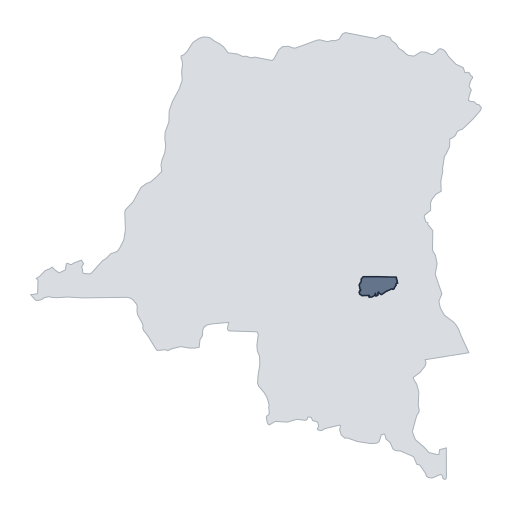 Kongolo, Katanga, Democratic Republic of the Congo (highlighted)
{"feature_id": "63176286B90330150002289", "entity_name": "Kongolo", "entity_type": "district", "adm_level": 2, "iso_a3": "COD", "parent_name": "Democratic Republic of the Congo", "parent_adm1": "Katanga", "projection": "mercator", "projection_center": [26.751, -5.433], "detail": "fine", "context": "in_parent", "style": "filled", "palette": "slate", "viewbox_px": 512, "rotation_deg": 0, "n_neighbors": 0, "source": "geoboundaries", "source_scale": "gbopen_adm2", "svg_char_len": 6649}
<svg xmlns="http://www.w3.org/2000/svg" viewBox="0 0 512 512"><path d="M468.9,352.7L425.1,359.7L426.0,362.2L425.6,364.8L424.4,366.9L420.0,372.4L413.4,377.4L413.3,378.6L416.7,384.2L418.8,391.9L418.2,405.5L419.1,409.2L419.0,412.1L416.8,415.3L412.3,431.7L415.3,439.6L424.0,447.1L429.0,452.6L437.6,454.6L439.0,454.3L439.5,449.7L446.3,447.9L446.4,477.3L445.8,479.0L444.6,479.4L442.9,478.4L442.4,475.6L440.6,474.4L432.3,478.0L430.2,477.9L427.9,477.3L426.2,475.8L425.7,473.6L419.8,465.0L416.9,464.4L413.6,456.7L400.5,451.0L395.5,450.6L392.9,448.9L390.3,442.8L385.9,438.9L384.9,434.6L384.0,434.0L381.3,434.9L379.1,441.7L376.1,443.3L370.7,443.5L357.2,441.5L347.6,438.0L345.1,438.2L341.2,435.0L339.7,429.8L340.5,425.7L339.8,425.1L325.1,428.5L321.6,430.6L318.3,430.1L317.3,429.0L318.7,426.2L318.0,423.1L316.9,421.7L312.6,420.6L311.2,417.4L308.5,416.9L307.6,417.4L307.0,419.6L305.4,420.3L296.7,419.3L287.5,422.1L275.3,421.4L269.5,424.8L268.6,424.7L267.4,423.0L266.3,417.4L266.9,415.9L268.7,414.8L269.3,412.6L268.7,406.9L269.2,405.5L268.5,402.2L266.7,396.9L264.2,392.7L258.7,386.2L257.6,383.2L258.0,376.0L259.8,364.7L259.6,356.3L257.3,350.8L256.9,344.9L258.3,334.3L256.9,331.8L229.1,330.9L228.0,330.1L227.4,328.6L228.7,322.4L211.8,323.9L206.7,325.1L203.6,327.7L202.6,330.9L202.5,335.5L199.9,339.9L199.2,347.3L194.5,348.1L189.8,348.1L180.8,346.6L172.0,348.7L167.7,350.7L165.4,349.7L157.6,350.5L156.5,349.9L147.5,335.3L143.5,330.4L142.7,328.0L143.1,325.7L142.0,322.7L137.8,315.2L137.0,311.7L137.2,306.2L136.7,304.4L132.9,299.7L130.4,298.1L127.7,297.3L82.4,297.9L67.4,297.0L56.5,297.7L50.9,297.3L49.4,296.6L44.4,297.6L41.8,299.5L37.8,300.6L35.4,300.1L30.7,294.7L37.1,293.8L37.6,293.2L38.0,280.3L36.3,278.4L39.8,276.2L45.3,270.5L50.7,268.4L51.4,267.3L52.5,267.3L54.5,269.7L59.1,272.9L64.9,270.1L65.5,269.3L66.3,263.8L67.7,263.3L70.2,264.5L71.5,264.5L74.1,262.9L81.4,260.1L83.6,263.7L81.6,266.9L82.5,269.2L82.7,272.7L83.9,273.5L89.7,273.9L91.4,273.1L102.9,260.3L105.9,258.8L110.8,253.7L117.2,251.5L120.0,247.5L123.7,240.3L125.4,230.0L124.8,212.3L125.3,209.9L133.0,201.9L141.0,187.4L146.4,183.5L150.5,182.0L156.7,176.7L161.7,171.4L161.0,164.9L162.1,159.6L164.8,152.8L165.7,145.7L164.8,138.1L165.2,131.9L168.9,122.1L169.2,110.8L172.5,101.3L179.1,89.2L182.2,80.2L181.6,71.4L182.5,64.8L182.2,61.0L180.9,57.6L181.5,55.5L184.0,54.7L187.2,51.3L192.8,42.6L198.8,38.4L203.0,37.0L207.4,37.2L210.2,37.9L214.8,41.3L220.1,44.1L224.1,47.5L228.0,52.8L237.4,54.0L241.4,55.9L243.8,56.6L244.8,56.1L246.7,56.4L251.1,57.9L254.7,57.1L272.0,60.5L274.0,58.8L278.9,49.7L282.5,46.6L288.4,46.3L293.1,48.0L295.6,48.0L316.9,40.2L319.7,39.8L327.4,41.7L332.5,40.4L334.5,40.8L338.9,39.5L342.4,34.0L345.4,32.6L376.0,38.6L380.7,35.7L383.0,35.3L389.8,37.4L391.9,40.8L395.9,43.7L398.9,48.5L403.4,51.1L405.7,53.7L408.4,55.4L414.0,56.1L421.1,51.8L426.1,52.2L431.1,54.5L432.8,54.5L436.6,51.9L438.6,49.2L440.6,48.7L443.5,49.8L446.0,52.3L448.1,56.0L455.8,64.2L463.2,67.6L465.0,72.7L467.7,72.2L469.1,72.7L471.0,75.8L472.3,76.5L472.6,77.7L470.7,80.7L469.0,86.4L471.3,89.9L469.4,95.1L468.4,100.3L470.8,101.6L473.9,101.6L476.7,104.3L479.0,104.7L481.3,107.6L480.8,110.0L473.4,118.6L462.5,129.1L458.8,130.4L456.8,132.3L455.5,135.4L452.3,138.0L449.8,139.0L449.6,146.6L445.9,154.4L444.5,156.1L442.5,168.8L442.8,171.0L440.8,181.5L441.2,191.2L435.8,194.3L432.2,199.0L430.6,202.4L430.6,210.3L424.6,215.1L424.2,216.2L425.7,221.8L427.9,222.7L427.9,224.6L432.8,230.6L432.5,249.1L432.8,250.9L435.4,255.3L437.1,263.7L435.2,274.3L441.9,293.9L438.9,301.1L440.3,307.9L444.3,315.1L453.7,322.2L456.2,325.2L458.6,329.1L460.8,335.2L468.9,352.7Z" fill="#d9dde1" stroke="#a8b0b8" stroke-width="1"/><path d="M381.4,294.6L382.6,293.9L383.5,293.3L384.8,292.4L385.7,291.7L386.0,291.4L386.5,291.3L386.9,291.3L387.5,290.7L388.0,290.5L388.4,290.4L388.9,290.2L389.3,290.1L390.1,289.6L391.1,289.1L391.8,288.8L392.1,288.9L392.2,289.0L392.4,289.3L392.5,289.3L392.6,289.1L392.9,289.1L393.3,289.1L393.6,289.2L393.8,288.9L394.0,288.7L394.3,288.4L394.3,287.8L394.4,287.5L394.6,287.4L394.8,287.2L395.1,286.7L395.5,286.0L395.6,285.8L395.9,285.6L396.1,285.4L396.0,285.1L396.0,284.9L395.8,284.3L396.0,283.9L396.3,283.6L396.8,283.4L397.2,283.2L397.6,283.0L397.5,282.9L397.2,282.3L396.9,281.9L396.9,281.7L397.0,281.5L397.2,281.3L397.3,281.1L397.2,280.8L397.2,280.3L397.2,280.2L396.7,279.7L396.4,279.4L396.5,278.8L396.6,278.4L396.6,278.1L396.4,277.6L396.2,277.4L396.1,277.1L395.4,277.1L395.0,277.0L394.5,277.1L394.3,277.1L393.3,277.1L392.9,277.0L389.9,277.0L389.5,277.0L389.4,277.0L388.0,277.0L387.8,276.9L387.7,276.9L386.5,276.9L382.8,276.8L382.3,276.8L379.5,276.7L379.3,276.7L379.2,276.7L378.9,276.7L374.0,276.7L371.2,276.7L370.7,276.7L370.1,276.7L368.1,276.7L367.7,276.7L365.8,276.7L364.0,276.7L363.2,276.7L363.0,276.9L362.9,277.1L362.7,277.4L362.6,277.6L361.9,278.2L361.4,278.7L361.3,278.8L361.2,279.4L361.1,279.8L361.2,280.1L361.1,280.7L361.2,280.8L361.3,280.9L361.3,281.1L361.2,281.4L361.2,281.6L361.1,281.8L361.0,282.0L360.9,282.2L360.9,282.3L360.7,282.4L360.6,282.5L360.4,282.6L360.2,282.8L360.0,283.1L359.9,283.6L359.8,283.9L359.8,284.0L359.7,284.3L359.5,284.5L359.4,284.6L359.3,284.8L359.2,284.8L359.2,285.0L359.3,285.7L359.4,286.2L359.5,286.7L359.8,287.2L359.7,287.5L359.8,287.9L359.8,288.4L359.8,288.7L360.2,289.1L360.2,289.5L360.4,289.9L360.7,289.9L360.8,290.0L360.7,290.2L360.4,290.4L360.3,290.6L360.2,290.8L360.1,291.0L359.8,291.0L359.7,290.9L359.5,291.0L359.4,291.2L359.4,291.5L359.4,291.8L359.2,292.2L359.1,292.4L359.5,292.9L359.6,293.2L359.6,293.6L359.5,293.9L359.7,294.1L360.2,294.5L360.3,294.5L360.5,294.6L360.8,294.7L361.0,294.8L361.1,295.0L361.4,295.4L361.6,295.5L361.9,295.6L362.2,295.7L362.3,295.7L362.5,295.7L362.8,295.6L363.0,295.6L363.4,295.6L363.7,295.7L363.9,295.6L364.1,295.5L364.5,295.5L364.9,295.6L365.1,295.5L365.3,295.5L365.8,295.5L366.0,295.5L366.7,295.6L366.9,295.6L367.1,295.5L367.4,295.5L367.5,295.5L367.8,295.4L368.2,295.3L369.2,295.4L369.2,295.6L369.2,295.9L369.1,296.2L368.9,296.4L368.8,296.6L368.9,297.0L369.2,297.1L369.7,297.3L370.2,297.1L370.4,297.1L370.8,297.1L371.2,297.1L372.2,296.9L372.9,296.5L373.3,296.2L373.6,296.0L373.9,295.9L374.1,295.7L374.8,295.5L374.8,295.3L374.9,295.1L375.1,294.2L375.2,293.9L375.3,293.7L375.5,294.0L375.7,294.4L375.8,294.6L375.7,295.0L375.6,295.3L375.6,295.7L375.9,296.1L376.6,295.9L377.1,295.5L377.3,295.4L377.6,295.4L377.8,295.3L377.9,295.2L378.0,294.8L378.1,294.5L378.1,294.2L378.1,293.8L377.9,293.2L378.0,293.0L378.0,292.8L378.1,292.5L378.2,292.4L378.4,292.6L378.4,292.8L378.5,292.8L378.6,292.7L378.6,292.8L378.6,293.0L378.8,293.1L378.9,293.3L379.1,293.4L379.3,293.4L379.6,293.4L379.8,293.5L380.9,294.5L381.4,294.6Z" fill="#64748b" stroke="#1e293b" stroke-width="1.5"/></svg>